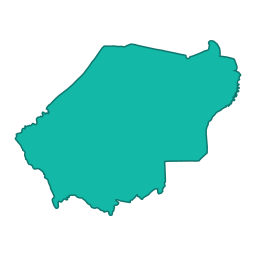 the district of Tanjung Jabung Barat, Jambi, Indonesia
{"feature_id": "22746128B97653119007289", "entity_name": "Tanjung Jabung Barat", "entity_type": "district", "adm_level": 2, "iso_a3": "IDN", "parent_name": "Indonesia", "parent_adm1": "Jambi", "projection": "orthographic", "projection_center": [103.17, -1.093], "detail": "fine", "context": "isolated", "style": "filled", "palette": "teal", "viewbox_px": 256, "rotation_deg": 0, "n_neighbors": 0, "source": "geoboundaries", "source_scale": "gbopen_adm2", "svg_char_len": 5739}
<svg xmlns="http://www.w3.org/2000/svg" viewBox="0 0 256 256"><path d="M150.5,192.4L152.4,190.8L153.9,189.7L154.5,189.2L154.8,189.0L157.6,188.8L157.8,192.3L158.7,193.8L161.2,193.1L162.7,191.4L162.6,190.3L162.7,188.7L163.4,188.0L163.5,187.2L164.7,186.5L165.0,186.2L164.5,183.6L164.5,182.7L165.2,182.2L165.4,180.9L164.9,167.9L164.6,161.6L167.5,161.2L192.5,160.9L194.6,161.0L198.8,160.9L201.2,158.3L207.1,152.9L207.2,146.9L206.2,134.3L206.1,130.9L206.2,129.9L206.9,127.0L207.5,125.9L208.0,124.8L208.4,122.3L208.9,121.5L209.3,121.2L210.1,120.9L210.8,120.3L211.2,119.8L211.7,118.9L212.1,117.6L212.7,116.6L214.3,115.3L215.4,113.7L216.8,112.2L220.9,110.1L221.2,109.5L221.7,109.2L224.2,107.6L225.7,107.1L226.2,106.7L226.1,105.9L227.6,105.6L228.5,106.1L229.2,105.5L229.0,104.7L229.9,104.7L230.2,103.8L230.8,103.7L231.2,103.8L231.7,102.7L231.5,102.3L231.1,101.8L232.2,101.1L232.1,100.7L232.5,100.4L232.8,100.5L233.7,100.4L234.3,100.5L234.6,100.2L234.7,99.9L233.9,99.3L233.3,99.3L233.1,99.2L233.0,98.7L233.1,98.4L233.8,98.0L233.2,97.4L233.3,97.2L234.4,97.1L234.6,96.5L234.3,96.0L234.7,95.7L234.9,95.9L235.2,96.7L235.8,96.8L236.3,96.3L236.5,95.5L236.8,95.3L236.9,95.1L236.5,94.9L236.2,94.9L235.8,95.4L235.5,95.3L235.0,95.0L234.9,94.6L235.1,94.2L235.4,94.2L236.2,94.4L236.4,94.1L236.0,93.3L235.7,93.2L235.6,92.8L236.0,92.6L236.7,92.6L236.7,92.0L236.5,91.7L236.6,91.4L237.1,91.3L238.2,91.6L238.5,91.6L238.7,91.3L238.6,90.9L238.4,90.7L237.9,90.6L237.4,90.8L237.2,90.6L237.4,89.5L237.0,88.3L237.0,88.0L237.5,88.0L238.0,88.5L238.6,88.5L238.9,88.4L239.1,88.1L239.1,87.8L238.8,87.3L238.6,87.3L238.0,87.6L237.6,86.7L237.3,85.1L237.7,85.0L238.3,85.2L238.7,85.0L239.0,84.5L238.8,84.3L238.5,84.1L237.8,84.0L237.6,83.7L237.4,82.9L237.5,81.9L238.0,80.4L238.2,80.2L239.3,79.8L239.5,79.6L239.4,79.2L239.0,78.2L239.2,76.8L240.6,75.2L240.3,74.3L239.0,72.9L238.7,72.3L238.2,72.2L235.4,70.8L234.8,70.6L235.5,70.4L236.2,70.2L236.6,69.5L237.0,67.7L236.9,66.4L236.6,65.5L235.3,61.9L235.0,61.4L234.8,60.4L234.4,59.5L233.8,59.0L232.8,58.6L227.0,57.1L219.8,56.1L220.1,53.9L220.0,51.3L219.5,48.3L218.3,46.1L217.2,44.2L215.6,42.8L213.8,41.3L211.9,40.8L209.8,41.0L208.8,42.1L208.6,42.7L208.6,43.4L209.5,45.1L209.5,45.4L209.2,46.2L208.9,48.2L208.7,49.0L208.0,50.0L207.4,50.3L204.4,51.1L201.0,52.8L193.0,56.0L190.9,56.6L190.2,56.6L189.1,58.2L188.6,58.5L188.0,58.6L187.0,58.4L186.4,57.8L185.8,55.9L185.8,55.5L185.1,55.2L179.3,54.1L175.5,53.2L165.6,51.2L163.3,50.7L162.7,50.4L161.3,50.3L155.1,49.2L137.0,45.3L135.8,44.8L135.1,44.6L130.8,44.1L129.5,44.7L127.2,45.5L125.1,46.7L123.8,46.9L121.4,46.4L119.0,46.5L117.9,46.5L113.2,46.0L111.0,46.2L104.3,46.1L103.4,46.8L102.2,48.0L100.1,51.0L94.6,59.0L93.5,60.3L92.0,62.0L88.9,66.7L85.4,71.2L83.9,73.3L81.6,75.8L77.3,79.8L73.0,84.3L67.8,88.9L58.8,95.8L55.6,98.7L50.4,104.1L49.8,104.6L48.8,105.1L46.8,107.7L46.4,108.9L47.2,109.4L48.2,110.3L48.4,111.0L48.2,111.5L48.7,112.0L48.7,112.9L48.6,113.3L48.4,113.5L48.1,113.6L47.3,113.0L46.4,113.1L46.4,113.5L45.7,113.8L43.2,112.2L42.7,112.2L42.1,113.5L42.6,114.3L43.0,114.5L43.1,114.9L42.8,115.7L42.3,116.6L41.8,116.7L40.9,116.2L40.0,117.0L39.5,117.0L38.3,117.2L37.7,117.5L36.6,118.6L36.5,120.0L37.0,122.4L37.0,123.1L36.6,123.9L36.3,124.2L35.6,124.6L35.1,124.5L34.0,123.9L33.1,123.5L32.7,123.5L31.4,125.2L30.9,125.5L30.4,125.6L29.9,125.4L27.3,126.1L27.0,126.5L26.4,126.7L25.4,126.0L25.1,126.0L24.9,126.4L25.0,128.6L24.6,128.8L23.6,128.4L22.9,128.5L22.4,128.9L21.9,130.4L21.7,132.2L21.2,132.5L19.7,133.2L17.4,133.6L16.3,134.3L16.5,134.6L16.6,136.2L16.5,136.8L15.4,138.5L15.5,138.9L15.9,139.6L17.5,141.4L18.2,142.5L20.5,145.0L21.1,146.1L21.6,147.5L22.5,148.7L22.9,150.3L24.2,151.1L24.6,151.4L24.8,151.9L25.1,152.8L24.7,154.5L24.7,155.4L25.7,158.1L25.6,158.8L25.7,159.2L26.6,159.7L27.0,160.2L27.7,162.3L28.2,163.1L28.6,163.9L28.9,164.2L29.4,164.4L30.7,164.7L31.1,164.8L31.6,165.2L32.3,165.9L33.2,168.0L34.2,168.9L34.7,169.0L35.2,169.0L36.6,168.7L37.1,168.5L38.1,168.6L38.9,168.8L39.8,169.3L42.3,171.2L43.4,172.5L43.7,173.1L43.8,174.1L44.0,174.3L44.7,174.6L44.9,175.0L45.0,175.9L44.6,176.9L44.7,177.5L45.1,177.9L46.7,178.8L47.5,179.4L48.0,180.2L48.5,182.4L49.2,184.1L50.3,186.4L50.6,188.5L51.3,190.1L52.4,192.1L54.2,196.3L54.2,196.9L54.1,197.5L52.6,198.7L52.3,199.5L52.4,200.8L52.9,202.5L54.1,205.6L55.5,207.7L56.0,208.2L56.8,208.3L57.5,208.1L57.8,207.7L58.3,207.0L58.4,205.4L58.2,204.2L58.2,202.3L58.3,201.7L58.6,201.5L58.9,201.3L59.2,201.3L60.6,202.0L61.2,202.0L61.6,201.8L62.2,201.2L63.7,199.2L64.4,199.0L65.4,199.3L66.5,199.9L66.9,199.9L67.3,199.6L67.5,199.4L67.6,199.0L66.8,197.7L67.1,197.1L68.3,197.5L69.0,197.2L69.3,196.9L69.3,196.6L69.1,195.6L70.2,195.3L73.6,195.1L75.4,195.2L76.6,196.5L77.3,197.1L78.9,197.7L80.5,197.9L81.4,197.8L82.2,198.1L83.4,199.3L85.0,200.3L86.2,201.7L87.2,203.0L88.3,204.0L89.8,204.7L90.3,205.1L91.4,207.0L92.0,207.5L94.6,208.3L94.9,208.3L95.7,207.9L96.9,207.7L98.5,208.2L99.8,209.4L100.6,210.1L101.3,210.4L103.3,210.8L103.8,211.0L103.9,211.8L104.2,212.1L105.6,211.6L106.5,211.4L108.2,211.5L108.8,212.1L108.9,213.6L109.1,214.2L109.9,215.2L110.9,215.2L111.7,215.1L111.9,214.9L112.1,214.4L112.6,212.0L112.9,211.3L113.8,210.6L113.8,209.4L114.4,208.0L114.4,207.6L114.1,207.0L114.0,206.4L114.5,205.6L115.4,205.3L116.5,205.1L116.9,204.8L117.3,204.9L118.1,204.2L118.6,203.5L118.6,202.8L118.3,202.3L116.8,201.4L115.9,200.1L115.9,199.8L117.2,199.7L118.6,200.1L120.5,200.9L127.4,202.1L128.6,202.2L129.5,202.5L129.9,202.5L130.2,202.3L130.3,202.0L130.3,200.8L130.5,200.5L130.9,200.2L132.4,199.9L133.5,198.6L134.6,197.8L135.6,196.3L136.8,194.9L137.2,194.8L137.4,194.9L137.3,195.8L137.5,196.2L137.9,196.5L139.2,196.9L140.9,198.7L141.6,199.2L142.0,199.3L142.3,199.2L142.7,198.8L143.2,197.9L143.9,197.3L148.6,194.6L150.5,192.4Z" fill="#14b8a6" stroke="#0f766e" stroke-width="1.5"/></svg>